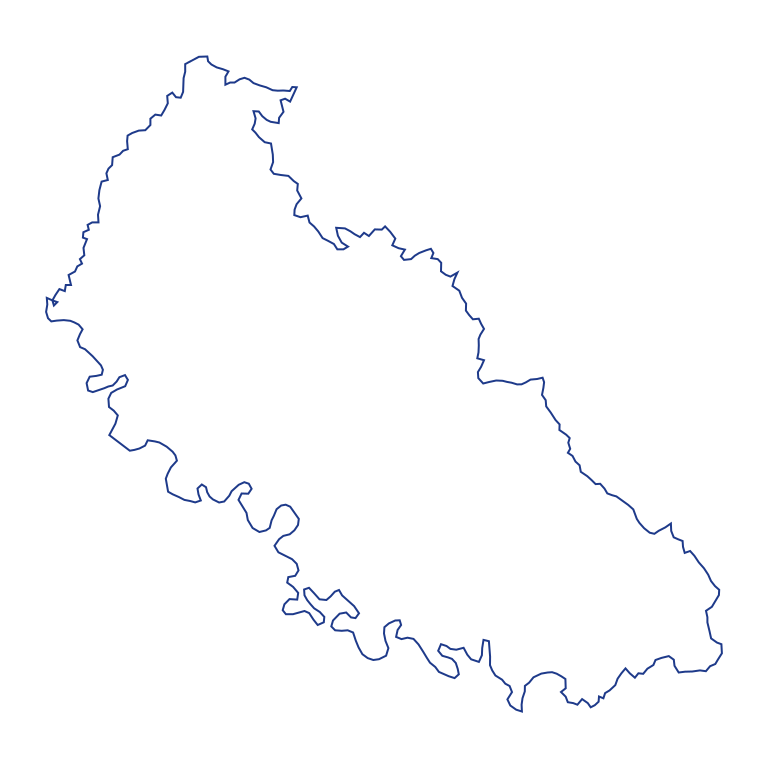 outline of Otacílio Costa, Santa Catarina, Brazil
{"feature_id": "56859067B66528087986219", "entity_name": "Otacílio Costa", "entity_type": "district", "adm_level": 2, "iso_a3": "BRA", "parent_name": "Brazil", "parent_adm1": "Santa Catarina", "projection": "orthographic", "projection_center": [-49.975, -27.498], "detail": "fine", "context": "isolated", "style": "outline", "palette": "blue", "viewbox_px": 768, "rotation_deg": 0, "n_neighbors": 0, "source": "geoboundaries", "source_scale": "gbopen_adm2", "svg_char_len": 6048}
<svg xmlns="http://www.w3.org/2000/svg" viewBox="0 0 768 768"><path d="M457.4,272.6L450.4,276.6L445.8,274.8L441.0,271.3L441.2,262.8L437.7,259.1L431.3,258.1L433.4,253.0L430.9,248.8L426.1,250.3L419.2,253.0L414.8,255.7L411.1,259.1L404.0,259.9L400.9,256.2L404.9,249.6L398.6,248.2L392.3,245.3L395.3,238.6L390.2,231.8L385.1,226.4L381.8,229.6L374.8,229.4L368.9,236.0L364.0,232.8L360.0,237.1L354.6,234.2L350.4,231.3L345.0,228.4L336.2,227.8L337.9,235.7L341.7,242.6L348.0,246.6L343.5,249.3L337.3,249.3L333.9,244.0L328.0,240.8L322.6,238.1L318.3,231.5L314.1,226.5L309.5,222.5L307.7,215.6L300.5,217.2L294.3,215.1L294.6,209.6L296.6,204.2L301.4,198.4L297.2,190.5L297.8,183.9L293.8,181.1L288.4,175.9L280.9,175.0L273.8,173.8L270.5,169.5L273.1,162.1L272.8,154.6L271.0,143.5L264.7,142.2L259.0,137.2L255.4,132.6L252.2,129.4L254.7,123.7L255.6,118.4L253.5,111.2L258.8,111.5L262.3,116.2L266.7,119.9L270.7,121.8L278.7,123.1L279.1,117.8L283.5,111.8L280.6,100.3L285.1,98.7L290.1,101.6L296.7,87.3L292.3,87.0L289.8,91.0L283.4,90.5L277.8,90.7L272.6,90.2L266.3,87.3L259.7,85.4L253.5,83.1L249.3,79.6L244.5,77.8L239.6,79.3L234.6,82.5L230.2,82.5L225.4,84.7L225.4,76.7L228.5,71.4L222.9,69.2L216.7,67.4L211.4,64.5L208.1,61.3L207.3,56.5L198.9,56.8L185.2,64.1L185.2,71.7L183.6,78.1L183.1,91.9L180.7,97.7L176.0,97.2L172.3,92.6L167.2,95.9L167.8,103.3L164.5,109.9L161.2,115.5L155.3,114.6L150.4,118.7L150.4,125.0L145.3,130.2L138.8,130.6L132.2,133.0L127.6,135.6L127.1,141.2L127.8,149.2L123.1,150.8L119.5,154.6L112.7,157.2L112.1,165.1L108.5,168.6L106.4,173.3L107.8,180.0L101.6,181.6L99.4,190.1L98.4,198.5L100.1,206.2L98.0,214.7L98.5,222.4L92.2,222.4L87.6,224.9L88.8,229.8L83.4,232.2L82.9,237.6L87.0,239.1L83.5,247.9L84.3,255.3L79.9,259.1L82.0,263.6L77.3,266.4L75.0,271.5L68.6,275.0L71.0,285.0L65.8,285.0L64.8,291.1L59.4,289.1L55.5,294.9L52.4,300.4L46.8,297.9L47.3,304.5L46.1,311.9L48.0,318.2L51.3,321.4L56.7,320.6L63.8,320.1L70.3,320.8L74.3,322.4L78.6,324.6L82.6,329.3L80.0,334.1L77.4,340.4L80.1,347.1L85.0,349.2L92.7,356.3L101.0,365.4L102.9,369.8L101.7,374.7L96.3,375.9L89.7,376.7L86.6,383.1L88.1,390.5L92.8,392.1L104.3,388.2L108.3,386.5L112.7,385.5L116.6,381.6L119.4,377.2L125.0,375.1L127.9,379.9L125.2,386.2L117.0,389.5L111.2,392.9L108.4,398.7L109.0,407.0L113.8,410.7L117.8,415.4L115.4,423.7L109.3,435.1L129.8,450.7L134.4,449.9L139.4,448.5L145.1,445.6L147.7,440.3L154.8,441.4L159.4,442.5L166.7,446.7L172.6,451.7L175.4,455.4L176.9,460.7L170.9,467.4L167.7,473.7L165.8,478.7L168.1,491.7L172.7,494.3L179.0,497.1L184.4,499.9L190.1,501.0L195.2,502.4L200.8,500.5L198.5,494.4L197.5,488.5L201.8,484.5L206.0,487.2L207.2,492.2L209.6,496.5L212.9,499.4L219.1,502.5L224.2,501.5L229.3,495.7L231.6,491.2L238.7,484.8L244.3,482.2L248.8,483.7L251.6,488.8L248.3,493.7L241.6,493.5L238.5,499.9L246.5,512.9L247.8,520.0L252.6,528.0L259.4,532.0L266.0,530.4L269.7,527.9L271.6,520.3L273.9,515.7L276.6,509.2L281.2,505.5L285.7,504.7L290.2,506.7L298.8,518.9L298.0,525.0L294.4,530.3L289.7,534.3L283.3,535.9L279.1,539.2L274.5,545.8L278.4,552.3L292.1,559.2L296.7,563.8L298.5,570.4L295.2,575.8L288.3,577.1L287.2,582.6L293.1,586.9L298.2,592.9L297.2,599.6L289.5,599.1L284.4,604.3L282.7,610.2L285.9,614.2L293.0,614.2L304.5,611.0L309.2,613.1L313.5,619.7L317.7,625.0L323.8,622.3L324.3,616.9L319.8,612.0L314.1,608.3L310.4,604.1L307.2,600.1L304.5,595.3L304.1,589.5L309.0,587.8L313.9,593.0L319.5,599.3L326.4,600.0L330.6,596.4L334.8,591.7L339.0,590.0L342.1,595.4L354.1,606.1L359.0,613.3L355.5,618.1L351.0,617.4L346.2,612.5L339.6,613.7L333.0,620.5L331.3,626.4L335.1,630.3L341.7,630.8L347.7,630.3L353.1,632.5L355.8,640.7L358.6,647.5L362.4,654.2L367.7,658.1L373.3,660.0L379.0,659.2L386.1,655.7L388.4,648.1L385.5,640.9L384.0,633.5L384.4,627.2L388.9,623.4L395.2,620.5L399.7,620.3L401.1,625.0L397.6,630.0L396.1,636.9L401.5,639.1L407.5,637.7L413.5,638.9L418.5,644.4L423.1,651.6L426.9,657.9L430.0,662.7L435.3,667.0L438.9,671.9L448.7,676.2L454.6,678.1L458.8,674.3L457.7,668.8L455.8,663.0L452.0,658.9L448.0,657.4L442.3,655.8L438.2,650.8L441.0,644.2L446.5,646.0L450.4,648.9L456.3,649.7L463.6,647.8L467.3,654.7L471.1,659.3L478.9,661.9L481.9,655.2L482.2,648.1L483.5,639.9L488.9,641.2L490.1,656.7L490.0,665.2L492.2,670.4L495.4,675.5L502.1,679.7L505.3,683.7L509.6,686.0L512.0,692.1L507.4,699.4L510.3,705.5L516.2,709.7L521.9,711.5L521.6,704.7L522.5,698.2L524.8,691.4L524.9,685.9L529.1,682.7L533.5,677.3L541.3,673.6L547.7,672.5L552.1,672.2L556.7,673.7L561.3,676.3L565.4,679.0L565.7,688.3L561.0,692.0L565.7,696.7L567.8,702.2L573.2,703.1L577.4,704.7L582.1,699.1L587.8,703.1L590.7,707.3L594.8,705.2L598.6,701.7L599.0,696.5L603.4,698.3L605.1,693.1L609.6,690.4L615.3,685.1L617.6,678.7L621.4,673.3L625.5,668.4L629.8,673.3L634.9,677.7L638.4,673.3L643.2,673.8L647.4,668.7L653.4,665.0L655.5,660.0L661.5,657.9L668.8,656.1L673.8,659.7L674.5,665.8L678.7,672.5L685.0,671.7L692.3,671.5L700.0,670.4L705.9,671.2L710.1,666.2L715.3,664.0L717.9,659.6L721.9,653.3L721.4,644.2L717.0,642.6L711.1,638.4L709.5,631.1L707.4,622.4L707.4,617.2L706.0,610.8L711.9,606.8L718.9,595.1L719.2,589.8L715.0,586.1L711.0,581.0L708.2,574.7L704.0,568.3L698.8,562.4L694.4,555.8L690.1,551.0L684.7,552.9L683.0,546.8L682.6,541.0L678.2,539.3L673.7,537.3L671.2,530.9L670.9,523.5L665.3,527.4L658.7,530.8L654.4,533.8L649.7,532.7L644.1,528.2L639.4,522.9L636.8,518.9L633.3,509.4L628.2,504.9L616.4,496.4L612.1,495.2L607.3,493.4L604.5,488.6L600.2,483.8L595.6,484.1L591.6,480.1L587.3,476.2L580.8,471.8L579.6,465.3L575.5,461.6L572.5,455.9L567.9,452.8L570.2,448.8L568.3,442.7L569.7,438.1L566.2,434.7L559.4,430.0L559.6,424.4L555.6,420.1L550.7,412.5L546.2,406.4L545.7,400.2L542.0,394.9L543.4,387.8L544.1,382.2L542.6,377.7L537.1,379.0L530.5,379.6L525.8,382.4L521.6,384.3L517.1,384.4L511.5,382.7L507.0,381.9L502.7,380.8L496.2,380.5L489.1,382.0L483.2,383.5L478.3,378.1L477.9,372.1L481.1,366.8L484.0,360.2L477.3,358.3L478.5,352.4L478.8,345.3L478.6,339.0L480.4,334.6L484.0,328.9L481.1,323.8L478.8,318.7L472.9,319.3L469.2,315.1L465.9,310.6L466.1,303.6L462.0,297.8L459.3,290.7L452.5,286.0L454.4,279.2L457.4,272.6ZM52.4,300.4L57.3,302.1L53.9,305.5L52.4,300.4Z" fill="none" stroke="#1e3a8a" stroke-width="2"/></svg>